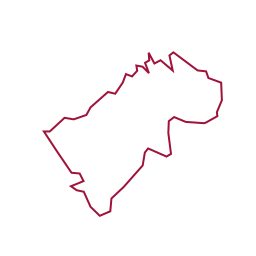 outline of Charles City, Virginia, United States of America, rotated 302°
{"feature_id": "52423323B29460047799431", "entity_name": "Charles City", "entity_type": "district", "adm_level": 2, "iso_a3": "USA", "parent_name": "United States of America", "parent_adm1": "Virginia", "projection": "robinson", "projection_center": [-77.041, 37.362], "detail": "fine", "context": "isolated", "style": "outline", "palette": "rose", "viewbox_px": 256, "rotation_deg": 302, "n_neighbors": 0, "source": "geoboundaries", "source_scale": "gbopen_adm2", "svg_char_len": 789}
<svg xmlns="http://www.w3.org/2000/svg" viewBox="0 0 256 256"><g transform="rotate(302 128 128)"><path d="M185.4,197.5L188.5,195.0L201.3,192.9L215.8,183.0L213.0,169.7L217.4,164.2L213.7,156.5L216.2,126.4L211.5,124.7L200.4,135.5L202.7,119.7L196.7,116.2L202.8,105.6L196.6,110.2L192.3,107.9L185.6,116.7L187.7,107.9L185.4,102.0L181.4,105.5L173.9,104.1L172.6,97.7L163.7,99.5L150.3,99.0L147.9,91.9L125.7,85.3L117.0,85.8L106.6,77.4L103.0,68.8L83.6,63.5L80.5,58.5L71.3,78.5L60.1,103.8L63.8,111.1L59.4,118.4L48.4,110.5L48.0,117.4L50.5,124.3L41.3,138.0L38.6,150.6L48.0,157.1L59.5,151.3L75.8,155.6L104.0,160.3L116.1,155.3L121.3,155.9L124.2,175.8L128.8,178.2L145.2,164.8L155.4,159.0L161.7,161.3L163.8,173.8L172.3,189.8L173.5,191.0L185.4,197.5Z" fill="none" stroke="#9f1239" stroke-width="2"/></g></svg>